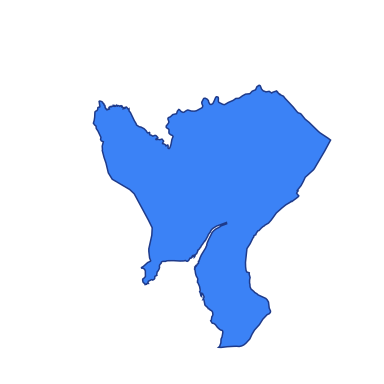 the district of Kota Gorontalo, Gorontalo, Indonesia, rotated 26°
{"feature_id": "22746128B66202348563483", "entity_name": "Kota Gorontalo", "entity_type": "district", "adm_level": 2, "iso_a3": "IDN", "parent_name": "Indonesia", "parent_adm1": "Gorontalo", "projection": "albers", "projection_center": [123.046, 0.534], "detail": "fine", "context": "isolated", "style": "filled", "palette": "blue", "viewbox_px": 384, "rotation_deg": 26, "n_neighbors": 0, "source": "geoboundaries", "source_scale": "gbopen_adm2", "svg_char_len": 6005}
<svg xmlns="http://www.w3.org/2000/svg" viewBox="0 0 384 384"><g transform="rotate(26 192 192)"><path d="M223.7,64.1L220.9,66.9L220.2,68.1L217.2,67.7L214.9,69.4L214.1,69.7L213.2,69.6L212.2,69.9L211.1,69.7L209.4,69.0L206.9,66.7L206.0,66.5L205.4,66.8L204.2,68.9L204.3,72.3L201.9,75.0L200.9,78.3L197.2,80.6L195.2,83.4L193.5,86.6L192.8,87.4L190.4,88.7L188.9,91.5L185.4,95.6L183.2,98.9L182.8,99.3L181.4,99.7L176.9,99.7L175.9,98.9L174.7,96.3L174.1,95.5L173.6,95.3L172.3,95.6L171.9,96.2L171.8,97.3L172.0,99.7L172.0,102.9L171.9,103.5L171.0,104.8L170.3,105.2L169.5,105.2L167.7,104.0L166.6,102.6L164.8,101.9L162.8,101.9L161.9,102.4L161.5,102.9L161.4,107.0L162.2,108.3L163.9,109.8L164.2,111.1L164.0,112.0L160.3,117.1L158.7,118.3L156.0,119.5L152.3,120.1L151.3,121.2L149.8,123.8L149.0,124.4L146.8,124.4L144.6,123.5L143.9,123.6L143.4,125.8L143.8,128.4L140.8,130.8L139.6,133.9L138.2,135.5L138.1,136.3L138.4,137.0L140.3,138.9L140.6,139.5L140.6,140.7L139.9,144.0L140.5,145.2L141.4,145.5L143.3,145.7L144.0,146.1L145.2,148.7L145.8,149.4L147.7,149.9L149.7,149.8L150.7,150.5L150.9,153.6L152.2,158.2L152.6,160.7L152.7,162.1L152.3,163.1L151.2,163.0L150.4,161.1L149.6,160.4L148.4,161.9L147.9,161.4L147.1,161.2L145.5,161.1L144.3,161.4L144.1,161.1L144.2,158.7L141.8,157.6L140.2,159.1L138.5,159.5L137.1,160.5L136.6,160.6L136.4,160.1L137.4,158.4L137.4,158.0L135.4,157.2L134.6,157.1L133.8,157.4L132.3,159.0L130.4,158.8L129.2,159.1L128.6,158.7L128.0,157.3L127.7,157.1L126.8,158.0L126.2,158.3L125.4,158.0L123.8,157.0L121.1,156.1L117.6,156.0L116.0,156.5L112.8,156.1L111.7,155.0L108.9,153.2L101.7,147.5L100.0,146.8L98.9,144.9L98.6,145.6L95.9,144.4L94.8,145.2L95.1,146.1L93.7,147.3L93.5,146.2L92.7,146.3L92.2,146.0L91.7,146.4L91.3,146.1L91.3,145.4L91.0,145.3L90.5,146.0L89.8,145.9L89.4,146.7L88.9,146.5L87.7,146.7L87.4,147.5L86.9,147.5L86.7,147.2L86.2,147.7L85.9,147.4L85.7,148.5L85.2,148.8L84.8,148.5L84.7,149.0L84.4,149.1L84.1,148.4L83.2,148.6L83.5,149.4L82.6,150.0L82.4,150.6L81.7,150.5L81.5,150.9L80.9,151.2L80.9,151.9L80.4,152.2L80.4,152.9L80.9,153.1L81.4,153.6L80.8,154.3L80.0,154.6L80.0,154.9L79.7,154.8L79.4,154.9L79.2,155.4L78.2,154.8L77.7,154.9L77.4,154.3L76.6,153.9L76.4,153.2L75.8,152.5L75.3,152.2L74.8,152.3L73.9,151.2L73.1,151.2L72.4,150.6L71.4,150.3L69.3,150.6L68.8,151.3L71.7,155.5L71.7,156.2L70.7,156.9L70.4,157.4L71.0,159.1L70.9,160.5L70.0,161.6L69.7,162.4L69.8,162.9L71.7,167.4L72.7,170.5L73.2,173.4L75.0,174.4L76.9,174.9L78.1,176.9L80.7,178.4L86.2,182.8L86.8,184.9L88.1,185.8L90.3,185.7L91.2,190.2L92.9,193.1L93.1,194.0L97.9,199.6L102.0,203.7L108.4,211.5L114.7,215.5L135.0,217.1L140.8,218.9L165.2,236.4L171.9,241.6L174.8,248.4L178.1,262.0L179.3,264.4L182.8,269.9L185.0,271.9L185.0,272.5L183.1,274.8L180.9,280.2L179.7,282.0L180.1,282.5L181.3,282.0L183.1,282.2L184.7,283.4L185.4,285.1L185.1,285.2L185.5,285.1L187.2,288.4L186.4,291.1L186.0,291.4L186.1,292.6L187.4,294.4L188.6,294.9L189.6,295.0L190.4,295.8L191.5,294.9L191.4,294.5L191.6,294.1L192.9,293.3L192.0,292.6L191.9,291.4L194.0,288.6L194.6,288.3L195.3,288.4L196.2,287.0L196.4,286.2L195.6,284.1L197.0,282.3L196.4,281.6L195.7,278.9L196.1,277.9L196.2,275.6L195.9,274.0L195.3,273.2L194.9,272.0L195.0,271.0L195.5,269.5L195.2,268.8L195.3,268.2L196.1,267.2L198.7,265.9L199.4,265.0L200.9,264.1L205.7,261.7L211.7,259.2L215.1,257.4L215.9,256.5L217.0,256.6L218.1,256.4L218.8,255.5L219.0,254.9L219.2,252.3L219.8,252.0L219.6,252.3L219.9,252.1L220.5,251.5L220.2,251.7L220.0,251.4L220.3,250.7L220.7,250.5L220.3,250.5L220.3,250.1L220.4,249.1L220.8,248.4L221.8,248.0L221.8,248.9L220.9,249.9L221.9,248.9L221.9,248.0L222.3,247.9L222.7,249.1L222.8,248.7L222.2,247.4L223.1,246.8L222.1,247.3L223.2,245.4L223.0,242.0L222.8,242.0L222.8,241.5L223.6,239.9L223.7,238.3L224.0,237.7L223.9,235.8L224.3,234.9L224.6,232.0L225.1,230.4L224.9,230.3L225.3,229.4L225.5,224.3L225.3,223.0L225.6,222.0L225.8,220.3L226.1,219.9L225.8,218.9L226.2,216.9L226.8,215.4L229.0,211.9L236.3,204.3L237.1,205.4L232.9,209.8L232.1,211.5L229.6,214.9L228.6,217.1L227.9,219.4L227.8,227.7L228.0,231.2L228.3,232.8L228.7,233.4L228.6,234.9L228.8,236.1L228.0,244.4L228.1,247.8L228.4,249.5L228.4,250.7L228.6,250.9L228.1,251.4L227.9,251.0L229.1,253.4L228.4,254.4L228.4,256.5L228.0,257.1L228.1,256.5L227.8,256.4L227.6,257.2L228.0,257.3L228.0,257.7L227.4,258.4L228.1,259.1L228.0,260.1L229.0,260.9L230.8,263.6L232.5,265.5L235.0,267.2L235.6,268.2L235.7,269.0L236.1,269.4L236.3,270.6L237.4,271.2L240.2,273.6L242.4,276.6L242.7,277.6L242.5,278.1L243.9,279.3L245.5,281.4L246.2,281.6L244.4,279.4L245.1,278.6L245.6,278.7L246.3,279.5L246.6,279.1L248.9,281.0L249.0,283.8L249.3,283.5L250.1,283.8L253.0,287.7L253.5,288.1L256.9,289.1L257.8,289.8L259.1,289.6L259.9,290.1L261.4,290.1L262.3,290.4L263.2,291.0L264.5,293.0L264.7,294.3L264.5,295.4L265.5,298.6L265.2,299.5L267.6,301.0L269.5,300.6L271.3,301.0L274.2,302.5L276.5,303.2L278.2,303.5L279.8,303.2L280.6,303.6L281.3,304.8L282.5,309.0L282.6,311.5L284.1,315.0L284.5,318.6L284.0,319.9L286.2,319.0L291.5,315.6L297.4,312.3L299.7,311.1L302.1,310.2L304.1,308.6L305.6,306.7L306.7,304.4L308.4,298.7L308.3,293.4L308.7,288.7L310.7,281.7L311.4,275.3L313.3,269.3L314.8,267.5L315.2,265.9L314.8,264.6L312.3,262.5L309.0,257.4L306.7,255.9L304.9,255.3L296.6,255.5L295.0,255.0L292.4,254.8L291.3,254.3L287.5,253.3L285.7,251.7L284.4,249.4L283.7,248.7L282.3,245.8L281.7,243.4L279.5,240.9L278.9,239.5L276.3,239.9L274.9,238.7L273.0,235.8L270.9,231.8L266.2,218.8L266.9,213.1L266.9,206.8L267.2,205.3L266.8,204.0L268.1,202.4L267.8,201.3L268.2,198.1L269.1,197.3L270.1,194.0L270.9,192.1L271.8,190.8L272.1,189.8L274.4,186.4L275.5,182.5L277.0,173.8L279.8,167.0L281.9,162.5L284.9,157.9L285.2,156.8L285.9,156.9L289.4,150.1L289.7,148.7L286.6,147.3L286.5,146.0L286.9,144.5L285.9,144.4L287.2,138.5L287.4,133.7L287.3,129.1L291.4,118.9L291.7,117.5L293.3,97.1L293.8,84.6L290.9,84.0L281.0,82.7L278.8,82.1L266.7,78.1L261.7,76.9L256.0,74.2L255.0,74.0L252.7,74.3L251.1,73.8L245.8,71.3L234.5,67.0L232.2,65.8L229.7,65.9L228.1,65.5L228.0,65.9L224.9,64.8L225.0,64.6L223.7,64.1Z" fill="#3b82f6" stroke="#1e3a8a" stroke-width="1.5"/></g></svg>